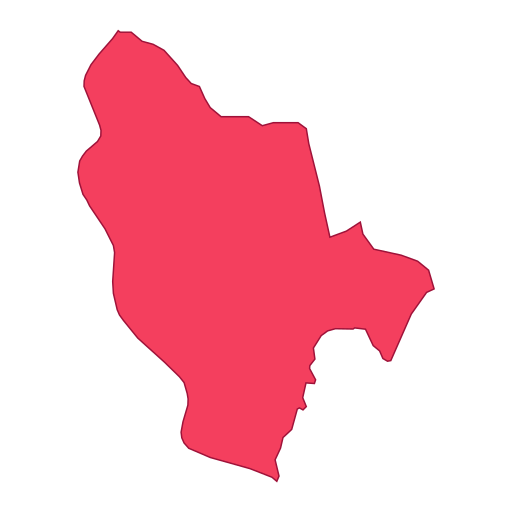 outline of Kim Chaek City, Hamgyŏng-bukto, North Korea
{"feature_id": "82179303B42335507852567", "entity_name": "Kim Chaek City", "entity_type": "district", "adm_level": 2, "iso_a3": "PRK", "parent_name": "North Korea", "parent_adm1": "Hamgyŏng-bukto", "projection": "mercator", "projection_center": [129.122, 40.77], "detail": "fine", "context": "isolated", "style": "filled", "palette": "rose", "viewbox_px": 512, "rotation_deg": 0, "n_neighbors": 0, "source": "geoboundaries", "source_scale": "gbopen_adm2", "svg_char_len": 1408}
<svg xmlns="http://www.w3.org/2000/svg" viewBox="0 0 512 512"><path d="M360.3,222.1L346.4,231.1L329.9,237.2L324.6,213.1L319.4,186.0L314.1,164.9L308.8,143.8L306.3,128.7L298.1,122.7L284.3,122.7L273.3,122.7L262.3,125.7L248.6,116.7L232.1,116.7L221.1,116.7L210.2,107.6L204.8,98.6L199.4,86.5L191.2,83.5L185.7,77.5L177.6,65.4L164.0,50.3L153.1,44.3L142.1,41.3L131.2,32.2L120.2,32.2L118.2,30.7L112.5,38.7L99.2,53.9L91.0,64.7L85.6,75.3L84.2,80.8L84.0,86.4L99.6,125.1L101.0,130.4L100.8,136.0L97.5,141.5L86.3,151.1L82.5,156.1L79.7,161.0L77.9,172.2L79.5,183.0L83.0,194.4L86.8,200.0L89.6,205.9L105.0,228.8L113.4,245.5L114.6,252.6L112.7,281.6L113.4,293.4L117.2,309.7L119.5,315.0L123.5,320.5L137.8,338.1L164.2,361.9L179.4,376.7L184.1,382.6L187.2,393.4L188.1,398.9L187.9,405.1L183.0,421.8L181.1,432.2L181.8,437.8L184.1,443.0L188.8,448.3L210.3,457.5L249.9,468.6L271.9,477.2L276.8,481.3L279.0,476.1L275.1,459.8L280.5,448.2L283.0,437.5L289.6,431.4L291.7,429.4L297.3,409.0L299.4,407.9L303.0,409.9L306.3,406.6L302.7,397.7L306.0,382.9L314.4,383.5L315.6,379.8L309.6,368.6L309.8,365.6L314.9,359.1L313.4,348.0L321.2,335.6L327.6,330.9L335.4,328.7L353.1,329.0L354.7,327.9L365.5,329.2L373.2,345.6L379.6,350.9L382.9,358.5L387.5,361.2L390.8,360.6L411.3,314.0L426.6,292.4L433.7,289.1L434.1,288.9L428.6,270.2L417.6,261.2L401.2,255.2L387.5,252.2L373.8,249.2L362.9,234.1L360.3,222.1Z" fill="#f43f5e" stroke="#9f1239" stroke-width="1.5"/></svg>